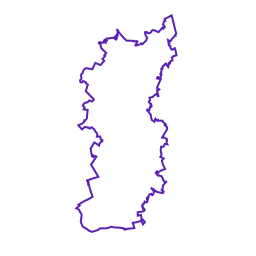 outline of Las Margaritas, Chiapas, Mexico, rotated 256°
{"feature_id": "50627088B80831055738102", "entity_name": "Las Margaritas", "entity_type": "district", "adm_level": 2, "iso_a3": "MEX", "parent_name": "Mexico", "parent_adm1": "Chiapas", "projection": "mercator", "projection_center": [-91.688, 16.374], "detail": "fine", "context": "isolated", "style": "outline", "palette": "violet", "viewbox_px": 256, "rotation_deg": 256, "n_neighbors": 0, "source": "geoboundaries", "source_scale": "gbopen_adm2", "svg_char_len": 5857}
<svg xmlns="http://www.w3.org/2000/svg" viewBox="0 0 256 256"><g transform="rotate(256 128 128)"><path d="M207.8,197.6L226.7,197.6L224.9,189.9L223.6,190.0L223.9,189.7L219.8,186.9L218.8,187.6L217.1,188.2L215.8,186.2L217.1,185.8L213.6,180.7L215.5,178.4L217.0,176.0L216.8,174.9L216.6,174.5L215.6,173.9L215.2,173.2L214.8,171.7L215.0,170.9L215.6,169.8L216.1,169.3L216.6,169.4L216.9,167.9L216.4,167.6L214.8,167.5L212.8,167.7L210.7,168.4L208.3,166.5L205.8,162.0L205.8,161.9L206.9,161.4L205.9,157.8L206.2,156.2L206.5,156.3L205.9,154.7L208.9,157.3L209.7,158.1L210.2,157.6L210.7,154.4L211.2,154.5L211.3,154.2L213.2,147.6L218.5,144.5L223.3,142.2L225.5,141.9L225.4,142.1L225.9,141.1L225.7,141.0L224.6,141.5L222.3,140.7L221.7,140.7L221.3,140.5L221.4,139.7L221.2,139.5L220.6,140.2L219.8,140.2L219.6,140.0L219.6,139.7L220.4,138.8L219.5,137.6L219.1,137.4L218.8,137.6L218.8,138.0L219.1,138.8L218.5,139.0L217.4,138.7L216.9,138.2L216.7,137.7L216.9,137.4L217.5,137.0L218.1,136.8L219.2,136.9L219.4,136.9L219.5,136.7L218.9,135.6L219.3,134.1L219.5,133.0L219.5,130.9L219.9,129.8L219.9,129.1L219.7,128.4L219.2,128.3L217.8,128.7L217.6,128.4L218.5,127.8L219.1,126.9L219.1,126.5L218.5,126.2L216.2,126.7L216.3,126.4L217.5,126.1L218.1,125.6L217.9,125.2L217.1,124.9L216.8,124.4L217.0,124.1L216.9,123.3L217.4,122.9L217.8,121.8L218.1,120.7L217.9,120.5L217.5,120.3L217.2,120.5L217.1,120.4L216.6,121.4L216.2,121.2L215.7,121.5L215.3,121.3L213.0,121.5L212.1,121.3L206.1,125.0L204.4,122.7L203.5,123.3L201.1,119.9L199.0,121.2L195.7,116.6L199.0,112.0L193.6,107.6L193.8,107.2L196.3,101.6L195.9,101.2L195.9,100.6L195.5,99.9L194.3,98.3L192.2,97.3L192.0,97.0L191.9,96.1L191.7,95.9L190.0,95.0L187.6,95.0L187.0,94.7L186.7,94.3L186.6,93.8L185.9,93.1L185.5,92.9L184.4,92.9L184.0,93.0L183.5,93.7L183.4,94.5L183.6,94.9L183.9,95.3L184.4,95.6L183.8,96.6L182.7,98.1L182.0,97.8L179.8,99.6L178.9,99.0L178.8,98.7L173.8,96.0L169.6,98.6L169.0,98.7L167.6,99.7L164.0,101.8L163.2,101.0L163.1,100.6L162.5,99.6L162.7,98.8L163.3,98.5L163.8,97.6L164.0,96.5L162.8,95.4L162.8,93.2L162.4,91.5L161.3,90.0L160.9,89.7L160.5,89.6L158.4,90.9L156.8,89.5L155.3,93.2L147.3,90.4L145.6,88.3L146.0,87.4L144.2,86.5L143.4,84.6L142.6,80.5L137.7,83.0L139.6,86.7L138.2,88.6L138.4,89.3L137.7,89.6L136.8,90.7L137.0,91.2L136.8,91.3L137.5,92.9L134.6,95.1L133.3,95.2L130.6,96.4L129.3,96.7L128.6,96.6L127.1,95.7L126.5,99.0L123.4,98.8L122.7,99.4L122.5,99.7L122.4,100.2L121.9,100.2L121.4,99.9L120.3,96.9L118.0,95.8L122.1,91.8L117.4,87.1L117.2,86.7L109.4,86.2L108.3,87.3L109.0,87.6L110.2,86.8L108.0,90.4L106.3,88.8L105.2,87.4L103.8,86.1L101.5,83.3L87.8,87.4L87.3,78.1L86.8,77.3L87.2,76.0L86.9,75.5L85.2,75.9L85.2,76.1L83.5,75.8L83.9,76.4L77.8,76.3L69.9,77.0L68.2,71.3L68.1,69.8L66.8,65.0L65.6,61.4L64.4,62.3L62.6,58.4L60.4,60.9L58.1,61.1L56.3,61.9L55.6,61.9L54.4,61.9L51.4,60.7L49.5,59.8L48.1,59.5L46.8,59.6L46.0,59.9L44.2,60.0L43.0,60.5L39.8,63.7L37.7,65.4L35.9,68.1L36.2,71.9L36.2,74.0L37.2,76.0L37.3,77.0L35.8,83.2L36.2,87.7L34.6,91.3L33.6,94.8L31.9,99.4L31.3,99.3L30.4,99.9L30.2,100.4L30.7,100.3L29.3,109.9L30.7,110.0L34.8,109.6L34.5,113.1L34.6,114.3L34.6,116.8L34.8,117.5L35.4,118.3L30.9,119.2L32.5,121.6L35.6,120.3L35.8,119.0L40.5,119.6L40.6,116.2L43.9,117.0L43.4,123.0L44.6,124.4L45.3,123.9L45.6,123.4L45.7,123.6L46.1,123.4L46.1,123.1L46.1,123.3L46.4,123.2L46.2,123.4L46.4,123.4L46.4,123.7L46.8,123.5L46.8,123.1L47.8,123.3L47.9,123.2L48.1,123.2L48.1,122.9L48.8,122.9L49.0,122.8L49.4,122.9L49.8,123.8L50.6,124.2L50.5,125.0L52.5,126.3L51.5,127.1L51.4,127.6L51.6,128.8L53.1,129.2L53.7,129.0L55.7,129.5L55.8,130.0L56.1,130.2L56.1,130.5L55.3,130.7L55.7,130.9L55.9,131.2L56.6,131.3L57.3,132.0L58.0,132.3L58.5,132.9L58.5,134.6L58.1,134.7L57.0,135.3L57.4,136.3L57.9,136.7L60.0,137.8L61.8,137.2L64.5,135.7L62.0,138.3L60.1,139.2L60.2,139.5L59.9,140.0L59.6,139.9L59.4,140.0L59.2,139.7L59.3,139.8L58.5,141.6L56.4,146.0L56.7,146.4L57.2,146.4L57.2,146.9L57.4,147.0L57.4,146.9L57.8,146.8L59.9,145.7L60.0,145.9L59.2,146.5L63.6,147.8L66.9,152.7L66.7,150.6L69.0,149.5L69.3,149.8L70.0,149.4L71.1,149.4L73.0,148.9L73.4,148.5L73.5,147.8L74.0,147.4L74.6,146.6L74.8,146.2L74.5,145.6L77.7,144.0L79.0,145.6L78.1,146.5L77.3,146.5L78.5,148.8L79.3,154.1L82.6,153.3L87.0,152.9L88.3,153.1L89.8,155.2L92.2,152.4L93.1,153.4L94.1,154.0L95.2,154.3L95.8,154.1L98.6,154.3L101.9,155.7L101.4,156.9L101.3,157.8L103.6,159.9L102.7,162.2L103.9,161.9L105.3,162.1L106.3,162.8L107.1,162.7L107.8,163.1L110.8,160.0L110.1,159.4L110.4,158.7L116.9,165.2L118.5,166.1L119.5,166.0L121.8,164.4L122.2,165.6L125.6,163.3L126.7,163.3L127.5,160.6L127.7,159.2L128.4,159.1L127.9,158.3L130.3,156.9L128.4,155.4L128.0,155.5L127.6,155.2L130.1,153.0L135.2,153.1L135.4,153.3L136.0,152.8L137.2,152.5L140.8,150.7L141.3,151.4L139.2,152.8L140.1,152.7L140.5,153.2L142.4,154.1L143.0,155.8L143.5,156.3L144.0,156.4L144.3,156.3L144.3,155.6L144.7,156.0L145.4,156.2L145.9,156.2L146.1,156.1L146.3,155.3L147.7,154.8L148.2,154.5L148.8,154.7L149.5,156.1L152.2,156.2L152.2,159.7L152.9,160.7L154.6,164.5L151.8,164.5L151.7,165.2L157.5,165.2L157.5,166.2L157.8,167.7L158.0,167.6L160.0,165.8L167.5,171.6L169.0,168.2L170.3,169.0L170.0,169.8L168.9,171.3L168.9,171.6L169.2,171.6L171.4,173.3L172.2,173.4L172.1,172.9L171.8,172.9L171.6,172.6L172.1,172.3L172.3,172.3L174.1,173.7L174.9,174.0L176.3,174.7L176.7,175.2L177.0,174.6L177.4,174.6L177.7,174.8L177.6,175.3L178.0,176.0L178.8,176.3L179.1,176.7L179.7,176.9L179.9,178.0L180.6,178.7L181.4,180.0L181.1,180.3L180.9,180.1L177.4,181.8L178.0,182.2L181.1,183.1L180.4,184.3L182.3,185.0L182.8,186.7L182.8,187.5L185.7,187.7L186.7,189.4L186.8,192.6L191.7,192.9L194.1,192.6L194.1,192.1L193.8,191.3L193.3,190.7L193.2,189.7L194.1,189.1L195.4,188.6L197.2,189.0L198.5,187.6L199.2,187.7L200.0,188.5L200.5,187.9L203.7,188.1L201.9,190.1L202.4,190.9L202.9,191.1L204.9,193.8L205.6,195.2L206.0,195.5L206.0,196.2L206.4,196.0L207.1,196.5L207.8,197.6Z" fill="none" stroke="#5b21b6" stroke-width="2"/></g></svg>